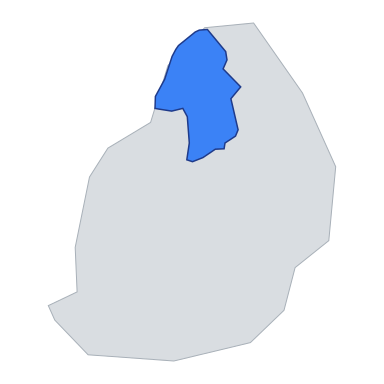 Pamplemousses highlighted on a map of Mauritius
{"feature_id": "MUS-5187", "entity_name": "Pamplemousses", "entity_type": "District", "adm_level": 1, "iso_a3": "MUS", "parent_name": "Mauritius", "parent_adm1": "", "projection": "mercator", "projection_center": [57.563, -20.102], "detail": "fine", "context": "in_parent", "style": "filled", "palette": "blue", "viewbox_px": 384, "rotation_deg": 0, "n_neighbors": 0, "source": "natural_earth", "source_scale": "10m", "svg_char_len": 735}
<svg xmlns="http://www.w3.org/2000/svg" viewBox="0 0 384 384"><path d="M250.4,342.6L173.8,361.0L88.1,354.8L54.8,320.1L48.3,305.6L77.1,291.9L75.2,247.4L89.5,177.0L107.9,148.1L150.6,122.4L167.9,65.6L204.7,27.7L253.6,23.0L302.5,93.0L335.7,166.7L328.8,240.6L295.1,267.6L284.0,310.3L250.4,342.6Z" fill="#d9dde1" stroke="#a8b0b8" stroke-width="1"/><path d="M155.0,108.4L155.4,96.4L164.6,79.4L172.1,56.4L175.8,49.4L178.5,45.5L195.2,32.0L199.3,30.1L207.4,29.5L225.7,51.6L227.0,59.9L223.1,68.9L240.7,86.9L230.9,98.7L238.1,129.8L235.5,136.1L225.0,143.0L224.1,148.8L215.3,149.2L202.9,157.6L192.5,161.7L186.8,159.8L189.3,143.0L187.3,116.7L182.8,108.4L171.7,111.1L158.3,109.0L155.0,108.4Z" fill="#3b82f6" stroke="#1e3a8a" stroke-width="1.5"/></svg>